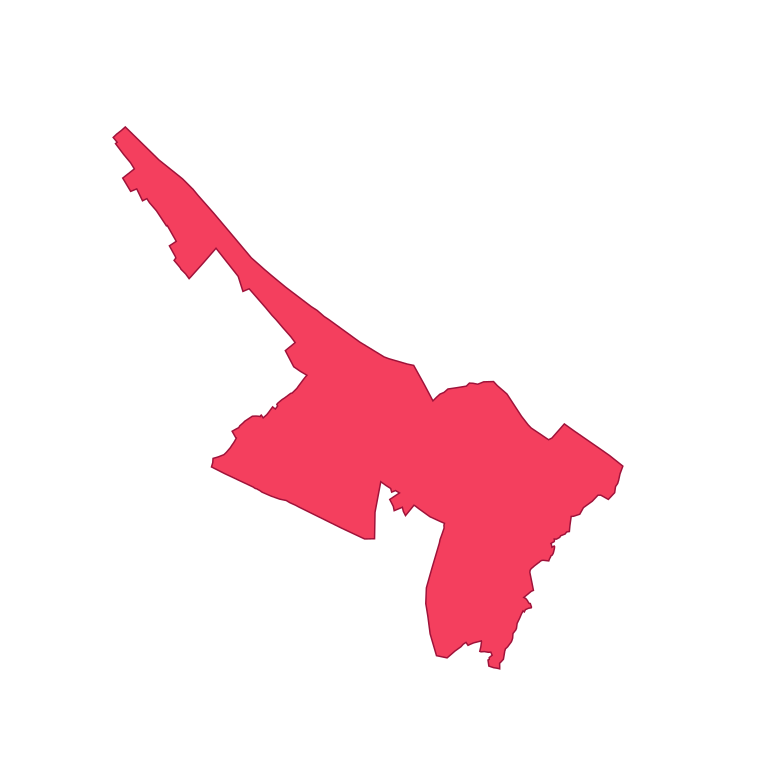 Dala, Kano, Nigeria (Natural Earth projection), rotated 349°
{"feature_id": "59680162B56865757670534", "entity_name": "Dala", "entity_type": "district", "adm_level": 2, "iso_a3": "NGA", "parent_name": "Nigeria", "parent_adm1": "Kano", "projection": "natural_earth1", "projection_center": [8.494, 12.03], "detail": "fine", "context": "isolated", "style": "filled", "palette": "rose", "viewbox_px": 768, "rotation_deg": 349, "n_neighbors": 0, "source": "geoboundaries", "source_scale": "gbopen_adm2", "svg_char_len": 3932}
<svg xmlns="http://www.w3.org/2000/svg" viewBox="0 0 768 768"><g transform="rotate(349 384 384)"><path d="M179.1,82.3L174.2,85.2L169.4,87.6L165.2,90.3L168.2,95.8L166.3,96.8L172.3,109.1L177.4,118.4L180.0,125.2L166.8,132.0L172.1,146.6L178.5,145.3L181.9,158.1L186.6,156.8L188.4,161.3L193.7,170.6L200.6,187.3L201.5,187.1L204.2,195.1L207.3,204.3L199.7,207.4L203.5,219.1L203.7,220.6L201.5,222.6L206.1,230.9L206.6,232.6L210.3,238.1L212.8,243.4L214.9,241.9L230.2,230.3L245.0,218.7L261.4,250.5L263.2,266.2L269.8,264.8L282.2,286.2L287.2,295.3L290.4,300.4L295.5,309.5L301.6,319.9L304.7,326.4L293.5,332.4L298.7,349.9L304.5,355.8L308.0,358.9L310.0,360.7L307.7,362.5L305.5,364.4L302.9,366.8L299.9,369.5L297.6,371.7L293.7,374.3L292.2,375.3L290.6,375.4L283.8,378.7L281.0,379.8L276.6,382.2L274.9,383.5L275.3,385.1L275.4,385.3L272.6,387.8L271.8,387.0L270.3,385.2L265.9,389.3L263.6,391.3L263.0,391.8L258.9,394.2L258.5,393.2L257.6,391.1L256.9,391.4L256.5,391.9L256.3,392.3L254.3,391.6L252.0,391.0L248.6,390.5L240.3,393.9L238.1,395.4L234.5,397.5L233.1,399.1L230.4,399.9L225.9,401.4L228.1,408.0L228.8,408.9L228.2,409.5L226.4,411.7L226.2,411.9L225.1,413.1L223.1,415.0L221.0,417.2L216.2,421.0L213.4,422.8L208.1,423.8L206.6,424.0L205.7,424.1L202.0,424.4L200.9,428.5L199.6,431.0L198.8,432.5L210.4,441.5L235.8,460.1L237.7,462.0L239.1,462.6L239.8,463.3L241.8,464.9L243.5,466.8L252.1,472.7L259.6,477.1L265.8,479.7L268.9,482.5L274.0,486.1L276.8,488.4L315.0,517.5L335.4,532.4L345.2,534.1L350.7,508.2L362.2,479.3L366.8,484.2L370.6,487.8L370.9,491.6L375.0,490.8L378.4,493.9L367.6,498.4L368.7,502.1L369.8,506.0L369.8,510.3L378.5,508.5L378.7,512.8L380.0,517.3L390.3,508.7L391.7,510.0L394.5,513.2L403.8,523.1L412.6,529.4L416.8,532.3L415.9,534.0L415.5,536.9L412.4,542.3L409.4,547.3L408.0,550.7L396.2,573.4L393.3,579.1L386.7,592.2L383.1,607.6L383.0,611.9L382.7,620.8L381.6,638.1L383.7,660.7L393.7,664.9L402.7,659.7L409.4,656.6L412.2,654.5L415.2,653.3L416.6,656.6L418.8,656.0L422.7,655.2L428.3,654.9L430.5,654.8L430.5,655.7L429.0,660.2L427.0,664.7L428.1,665.4L431.4,665.8L435.3,667.3L437.7,667.6L438.4,670.9L435.1,672.6L434.8,674.4L433.4,674.8L433.1,680.9L435.0,682.0L437.5,683.4L440.3,684.4L442.2,685.2L443.2,685.7L443.6,683.8L444.2,680.2L446.0,679.0L448.7,677.0L451.3,670.0L451.6,669.1L452.2,668.2L452.6,667.2L455.1,665.7L459.9,661.3L460.9,659.7L461.8,658.0L463.0,653.5L466.5,650.5L466.5,650.4L467.4,649.2L469.0,644.4L472.6,639.6L475.0,636.0L477.2,633.3L478.2,634.5L479.8,632.5L483.1,631.7L485.8,631.8L486.0,631.6L486.2,631.0L485.7,627.4L484.6,627.1L484.1,625.9L483.8,625.1L483.6,624.4L483.2,623.5L482.9,622.8L482.1,621.5L480.5,620.2L489.0,615.6L491.3,615.1L491.3,612.6L491.3,608.9L491.2,596.5L491.3,596.4L491.9,594.7L493.3,593.3L495.2,592.3L497.0,591.2L501.4,589.0L502.0,588.8L503.6,587.8L505.1,587.3L506.6,587.4L510.4,588.6L512.0,589.1L512.9,587.6L513.5,586.7L514.2,586.0L514.9,584.7L516.5,584.0L517.7,582.6L518.4,581.3L519.8,578.2L520.4,576.3L520.2,575.6L519.3,575.7L517.7,576.3L517.7,574.4L517.7,573.6L517.6,573.2L517.4,572.4L518.2,572.2L518.8,571.8L520.8,571.3L521.4,570.5L521.5,568.7L523.7,569.2L527.2,568.1L528.4,566.7L533.2,565.8L534.9,564.2L536.0,564.1L537.8,564.2L539.5,558.4L542.5,549.7L544.8,550.0L551.3,549.2L556.2,543.4L566.1,538.8L572.8,534.0L575.6,534.5L582.2,540.1L589.7,534.7L591.7,528.9L594.4,526.2L596.0,523.2L598.5,517.3L602.8,510.2L591.8,497.3L583.7,488.9L562.1,466.8L553.4,457.6L538.5,469.1L534.9,470.1L520.1,455.3L517.7,451.6L512.8,441.9L502.8,417.3L494.9,407.2L492.0,402.5L482.2,400.9L476.0,402.1L471.6,400.3L468.0,399.4L464.4,401.8L454.2,401.5L445.8,401.1L441.3,403.7L437.0,404.6L433.1,407.0L428.8,409.9L423.6,392.7L416.7,371.4L410.5,368.8L393.6,360.1L389.2,357.4L368.1,338.1L341.9,310.0L338.1,306.3L332.5,299.1L327.3,294.1L305.7,269.9L299.6,262.5L294.2,255.9L288.6,248.9L277.8,234.8L263.1,208.3L249.3,183.6L237.4,163.3L233.5,156.1L232.6,154.9L225.4,144.2L205.9,121.2L179.1,82.3Z" fill="#f43f5e" stroke="#9f1239" stroke-width="1.5"/></g></svg>